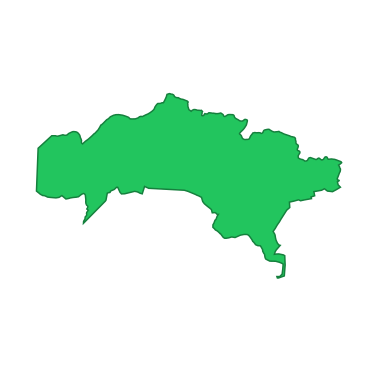 the district of Ixtepec, Puebla, Mexico, rotated 79°
{"feature_id": "50627088B58089687429718", "entity_name": "Ixtepec", "entity_type": "district", "adm_level": 2, "iso_a3": "MEX", "parent_name": "Mexico", "parent_adm1": "Puebla", "projection": "robinson", "projection_center": [-97.64, 20.04], "detail": "fine", "context": "isolated", "style": "filled", "palette": "green", "viewbox_px": 384, "rotation_deg": 79, "n_neighbors": 0, "source": "geoboundaries", "source_scale": "gbopen_adm2", "svg_char_len": 6013}
<svg xmlns="http://www.w3.org/2000/svg" viewBox="0 0 384 384"><g transform="rotate(79 192 192)"><path d="M291.2,124.8L292.7,124.6L292.9,123.4L292.0,117.4L281.5,114.5L272.2,113.1L271.1,114.4L269.4,118.5L269.0,120.8L268.9,123.0L266.6,121.8L265.1,120.5L261.2,115.6L260.6,116.8L258.6,117.9L255.3,118.7L252.9,118.8L250.7,118.7L249.3,118.8L246.2,119.9L243.7,117.3L240.6,114.6L238.0,111.9L235.8,110.0L227.9,102.5L225.9,99.0L220.5,98.3L220.4,93.8L220.0,88.9L221.3,87.1L221.2,83.1L221.3,76.0L219.6,76.1L219.1,72.3L214.9,72.3L215.0,64.4L214.1,61.4L216.9,58.9L218.5,54.0L217.2,49.8L215.6,45.4L212.8,47.2L209.6,47.3L209.1,45.6L208.7,45.4L207.8,46.7L206.8,47.0L203.0,44.6L201.3,43.6L200.4,42.8L199.3,42.3L198.3,42.0L197.7,41.9L196.1,42.4L195.2,42.4L193.5,43.0L193.0,41.6L192.6,40.8L191.8,39.5L190.9,39.8L189.8,41.2L189.7,41.6L188.4,43.6L187.4,45.3L186.9,46.5L186.9,47.0L186.7,47.3L186.2,48.7L185.9,51.7L185.7,52.1L185.4,52.3L184.2,52.6L183.8,52.8L183.3,53.1L183.1,53.6L183.0,54.1L183.0,54.6L183.3,55.0L184.3,56.1L184.8,56.5L185.1,57.1L185.3,57.7L185.3,58.3L185.1,58.9L184.5,59.5L183.7,60.1L183.2,60.5L183.0,61.0L182.9,61.5L183.1,62.0L183.2,62.4L183.7,63.2L183.8,64.1L180.8,69.2L180.8,70.1L181.0,70.9L181.7,71.6L182.4,72.1L183.0,72.8L183.3,73.6L183.3,74.3L183.1,75.4L182.1,76.3L181.3,77.2L180.8,78.5L180.3,79.4L179.8,80.1L178.9,81.1L178.4,81.1L177.3,81.0L176.6,80.8L175.3,79.7L174.3,78.7L173.6,78.5L172.9,78.5L172.5,78.7L171.4,80.2L171.1,80.5L170.6,80.6L169.9,80.4L168.4,79.4L167.3,78.9L166.8,78.9L166.3,78.9L164.6,80.4L164.3,80.5L163.5,80.6L162.6,80.4L161.9,80.3L160.9,80.5L160.2,80.5L159.7,80.3L159.1,80.3L158.7,80.4L158.2,80.8L157.8,81.1L156.9,83.0L156.4,84.4L155.6,85.3L152.8,90.3L151.6,92.0L150.9,92.7L150.5,93.5L149.8,94.6L149.1,95.1L149.1,96.4L148.8,99.8L148.6,100.3L147.5,102.0L146.8,102.7L145.8,103.8L145.3,104.2L145.0,105.1L144.9,106.3L145.0,108.8L145.2,109.5L145.6,110.0L146.3,110.6L146.9,110.8L147.5,111.6L147.7,112.3L147.7,113.0L146.9,113.8L146.5,115.0L146.2,117.4L145.6,119.0L145.7,121.1L146.4,121.7L148.1,123.7L149.1,124.5L149.8,124.9L150.4,125.4L151.0,126.1L151.0,127.2L150.8,128.4L150.7,129.6L150.4,130.6L150.0,131.3L149.2,132.0L148.5,132.4L147.4,132.6L146.3,132.8L145.4,133.2L144.2,134.2L143.6,134.2L143.0,133.5L142.0,132.2L141.4,131.2L140.3,129.6L139.0,128.1L137.4,126.6L136.5,125.8L133.1,124.2L132.3,124.0L131.9,124.1L131.4,124.7L131.0,125.5L130.8,126.2L131.2,127.1L131.3,127.6L131.7,128.1L131.9,128.8L131.9,129.5L131.7,130.3L131.4,131.2L130.8,132.0L129.6,133.2L128.8,134.3L128.0,135.1L127.0,135.9L125.2,136.1L124.7,136.3L124.4,136.5L124.1,136.9L123.8,137.5L123.1,140.4L123.0,141.4L123.0,142.0L123.2,142.6L124.1,144.9L124.1,145.4L124.0,145.9L123.3,146.4L122.0,146.7L121.4,147.2L120.0,148.6L119.9,149.2L120.0,149.5L120.0,151.2L119.9,152.3L119.7,153.2L119.7,153.7L119.5,153.8L118.7,156.0L118.7,156.5L117.9,158.6L117.8,159.3L117.5,159.9L117.5,160.6L118.2,161.7L118.2,162.4L118.0,163.5L117.5,164.4L118.2,165.2L118.9,165.7L119.2,166.5L119.2,167.0L119.0,167.4L118.8,167.8L118.3,167.8L116.7,167.1L116.1,167.1L115.5,166.7L115.0,166.3L113.6,167.2L113.6,168.1L113.3,168.9L112.8,171.0L112.5,171.6L111.9,172.6L111.6,173.6L111.4,174.4L111.7,175.7L111.9,176.3L112.2,176.8L112.6,177.4L110.6,179.3L107.2,179.7L106.3,179.6L105.6,179.4L105.0,179.4L103.7,179.3L103.4,179.1L103.0,178.6L102.7,178.7L102.5,178.9L101.9,179.2L99.4,183.1L98.7,185.0L98.0,186.1L97.1,187.1L96.7,187.7L96.6,188.7L96.1,189.7L94.9,191.1L94.2,191.1L93.1,191.6L92.1,193.0L91.9,194.2L91.4,194.6L91.1,195.4L91.4,197.9L93.9,199.2L96.8,201.3L98.9,203.0L98.7,204.5L99.0,205.9L98.9,207.0L98.6,208.6L99.3,209.9L101.3,212.0L103.7,213.6L105.0,215.6L106.3,218.4L107.0,220.4L107.5,222.8L108.5,226.3L108.0,227.7L108.1,229.1L109.0,230.9L109.4,233.8L108.8,237.1L108.4,238.8L106.6,240.0L105.0,242.5L103.4,245.4L102.1,249.1L101.6,251.7L101.7,254.4L102.6,257.8L104.1,260.0L104.8,262.0L107.7,266.2L108.7,267.9L108.9,268.7L110.8,270.2L113.1,272.3L114.6,274.4L115.7,275.8L116.1,276.9L117.9,279.6L120.3,283.6L121.9,287.0L123.9,290.2L123.1,291.0L121.8,291.1L120.4,290.6L118.7,290.8L117.8,291.1L115.7,291.3L115.0,291.3L113.2,292.1L111.8,293.0L110.8,294.4L110.2,296.3L110.0,297.2L110.2,298.7L111.1,302.1L112.0,303.4L112.3,304.7L112.0,306.2L111.2,307.8L111.6,313.2L111.3,314.2L110.7,315.4L110.0,318.9L119.7,334.7L161.4,344.5L164.5,341.9L165.3,341.3L165.9,340.5L167.0,339.2L167.3,337.8L168.3,336.2L169.4,334.8L170.2,332.4L171.8,326.7L171.9,323.6L170.7,320.4L174.8,317.1L174.8,314.4L174.6,312.5L174.7,309.7L175.0,306.5L175.0,304.3L173.7,301.9L173.0,300.2L172.8,298.7L173.3,297.9L173.8,297.6L174.7,297.3L179.2,297.7L180.3,297.9L181.5,298.2L183.1,298.3L184.7,298.0L185.5,297.4L186.1,297.0L187.0,297.2L187.6,297.6L188.6,298.5L190.1,297.3L191.1,298.3L191.9,299.2L192.8,299.6L194.2,299.7L194.8,299.9L195.0,300.1L196.1,301.6L198.0,302.2L200.1,304.0L202.0,304.5L184.4,278.8L183.6,278.0L177.0,275.4L176.8,274.6L176.8,272.7L176.5,272.3L175.9,272.1L175.7,271.8L175.3,270.8L175.0,269.3L174.6,267.7L173.0,265.2L173.2,264.0L178.6,262.7L180.4,261.6L180.9,258.4L180.4,248.2L181.3,245.9L182.0,244.8L183.3,243.2L184.3,241.2L177.5,237.5L180.1,233.8L188.8,199.2L190.6,195.8L195.1,189.0L196.1,187.8L196.9,186.4L198.0,185.0L199.1,183.7L203.4,183.3L205.9,182.1L208.4,180.1L209.8,178.9L211.5,177.4L213.0,176.3L216.3,176.1L216.6,173.4L217.2,172.6L218.9,171.5L219.0,170.5L220.7,172.0L223.5,173.7L224.0,174.7L225.2,175.5L226.6,176.3L228.2,177.7L230.7,178.2L232.3,177.0L233.7,176.3L234.4,175.4L235.2,174.5L236.9,173.2L238.2,172.4L238.2,172.1L239.6,171.4L242.3,170.1L243.5,169.0L243.9,167.5L244.0,164.6L243.7,161.6L244.9,158.4L243.6,152.8L243.6,149.2L243.8,147.8L244.3,145.8L245.4,144.6L246.8,143.8L250.4,142.2L252.0,141.8L252.9,141.1L254.8,140.1L255.8,139.7L257.2,137.7L257.9,135.1L260.5,134.2L262.1,133.7L263.5,133.9L265.7,133.3L266.9,132.7L269.8,132.8L270.5,132.7L271.7,132.5L272.3,131.9L273.4,130.5L274.7,128.8L275.3,126.1L275.7,124.2L276.0,123.0L276.9,121.2L277.6,119.7L279.2,117.3L280.2,116.3L284.9,117.6L289.8,119.2L291.7,122.0L291.2,124.8Z" fill="#22c55e" stroke="#15803d" stroke-width="1.5"/></g></svg>